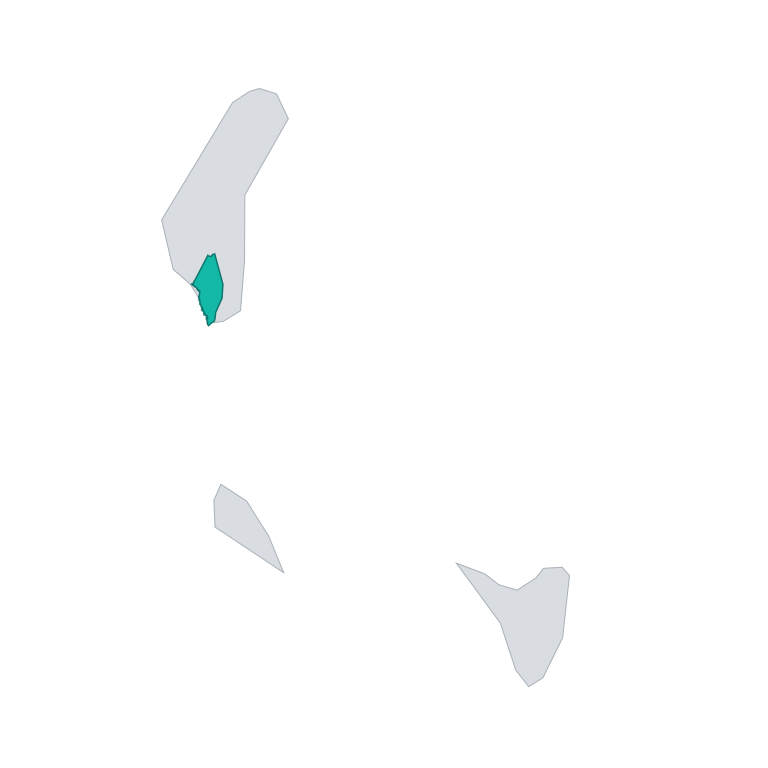 location of Mbadjini Ouest, Andjazîdja, Comoros, rotated 26°
{"feature_id": "10938185B5285365051467", "entity_name": "Mbadjini Ouest", "entity_type": "district", "adm_level": 2, "iso_a3": "COM", "parent_name": "Comoros", "parent_adm1": "Andjazîdja", "projection": "mercator", "projection_center": [43.399, -11.847], "detail": "fine", "context": "in_parent", "style": "filled", "palette": "teal", "viewbox_px": 768, "rotation_deg": 26, "n_neighbors": 0, "source": "geoboundaries", "source_scale": "gbopen_adm2", "svg_char_len": 4182}
<svg xmlns="http://www.w3.org/2000/svg" viewBox="0 0 768 768"><g transform="rotate(26 384 384)"><path d="M212.2,397.9L204.2,403.5L166.1,379.2L144.3,373.4L112.2,334.0L124.5,197.6L134.8,180.1L142.5,173.0L160.2,170.4L181.7,187.5L176.1,275.2L204.6,334.3L222.9,381.1L212.2,397.9ZM634.7,474.9L655.8,533.9L655.6,578.4L646.7,592.6L627.9,583.4L593.4,547.9L527.6,513.3L557.8,510.5L575.4,514.1L594.1,510.9L605.7,491.4L608.1,479.8L624.5,470.6L634.7,474.9ZM347.2,571.4L376.6,597.6L294.9,586.7L282.1,563.1L281.4,545.7L311.9,549.5L347.2,571.4Z" fill="#d9dde1" stroke="#a8b0b8" stroke-width="1"/><path d="M167.5,378.3L167.8,378.5L167.7,378.6L167.9,378.6L168.0,378.5L168.4,378.5L168.6,378.7L168.7,378.8L168.8,378.6L169.0,378.7L168.9,378.9L169.0,378.9L169.2,378.7L169.6,378.6L169.8,378.7L170.4,379.1L170.5,379.3L170.6,379.2L170.7,379.3L170.8,379.3L171.0,379.3L171.3,379.4L171.4,379.5L171.5,379.6L171.8,379.5L171.8,379.4L172.3,379.3L172.5,379.4L172.7,379.5L172.9,379.5L173.0,379.6L173.4,379.7L173.4,379.8L173.8,379.9L173.8,380.0L174.3,380.3L174.5,380.5L174.8,380.6L175.0,380.6L175.1,380.8L175.3,380.9L175.5,380.9L175.4,381.0L175.5,381.0L175.8,381.2L175.8,381.3L176.0,381.4L176.2,381.5L176.4,381.4L176.5,381.5L176.6,381.3L176.8,381.4L176.8,381.2L177.1,381.2L177.3,381.3L177.5,381.4L177.9,381.7L178.0,382.0L178.1,382.3L178.1,382.5L178.3,382.8L178.4,383.0L178.5,383.0L178.6,383.3L178.5,383.5L178.7,384.0L178.8,384.3L178.9,384.5L179.0,384.7L179.0,384.9L179.1,385.1L179.1,385.3L179.2,385.5L179.2,385.8L179.1,386.0L179.1,386.3L179.3,386.5L179.4,386.8L179.4,387.0L179.6,387.0L179.6,387.3L179.8,387.4L179.8,387.5L180.0,387.7L180.1,387.8L180.1,388.0L180.3,388.1L180.4,387.9L180.5,388.0L180.6,388.3L180.7,388.6L180.8,388.5L181.0,388.7L180.9,388.8L181.1,388.9L181.1,389.0L181.2,389.3L181.1,389.5L181.3,389.5L181.3,389.8L181.4,389.6L181.5,389.6L181.5,389.9L181.7,390.0L181.8,390.1L181.9,390.3L182.0,390.4L182.3,390.4L182.4,390.5L182.5,390.7L182.5,390.8L182.6,391.0L182.8,391.3L182.9,391.5L183.0,391.7L183.2,391.8L183.1,392.0L183.3,392.4L183.4,392.2L183.5,392.2L183.6,392.5L183.9,392.9L184.0,392.8L184.1,393.0L184.3,393.0L184.5,393.2L184.6,393.3L184.8,393.4L184.9,393.6L185.0,393.7L185.2,393.8L185.5,393.9L185.8,394.1L186.0,394.3L185.9,394.4L186.0,394.5L186.3,394.6L186.5,394.7L186.6,394.9L186.5,395.0L186.9,395.1L186.9,395.3L187.0,395.3L187.1,395.2L187.3,395.4L187.5,395.5L187.4,395.7L187.5,395.6L187.4,395.7L187.4,395.8L187.5,395.8L187.7,395.7L187.8,395.8L187.7,395.9L187.7,396.0L187.8,396.1L188.0,396.0L188.2,396.3L188.0,396.5L188.3,396.5L188.3,396.8L188.5,396.7L188.5,396.8L188.4,397.0L188.7,396.9L188.7,397.0L188.8,397.1L188.8,397.4L189.0,397.3L189.2,397.5L189.3,397.7L189.4,397.8L189.5,397.8L189.8,397.8L189.8,398.1L190.0,398.2L190.4,398.2L190.6,398.4L190.7,398.5L190.8,398.6L190.8,398.9L191.0,399.0L191.3,399.1L191.3,399.3L191.5,399.2L191.7,399.3L191.9,399.6L191.9,399.8L192.0,399.8L192.0,400.0L192.2,399.8L192.2,400.1L192.3,400.0L192.7,400.3L192.8,400.3L193.0,400.5L193.3,400.7L193.7,400.5L193.8,400.7L194.1,400.6L194.0,400.3L194.2,400.2L194.4,400.1L194.6,400.1L194.8,400.1L195.0,400.4L195.2,400.6L195.3,400.6L195.6,400.9L195.5,401.0L195.7,401.3L195.8,401.7L195.7,401.8L195.8,401.8L195.9,402.0L195.8,402.3L196.0,402.3L195.7,402.5L195.8,402.6L196.0,402.6L195.9,402.7L195.9,402.8L196.0,402.7L196.0,402.8L196.2,403.0L196.4,403.1L196.3,403.5L196.5,403.6L196.6,403.8L196.7,404.1L196.8,404.1L197.0,404.3L197.4,404.8L197.5,404.9L197.6,405.0L197.8,405.2L197.9,405.4L198.0,405.5L198.1,406.2L198.3,406.3L198.5,406.3L198.5,406.5L198.5,406.8L198.8,406.9L198.9,407.0L199.0,407.1L199.1,407.4L199.3,407.6L199.5,407.8L199.8,407.9L199.9,408.0L200.0,408.1L200.3,408.2L200.5,408.1L200.6,408.3L200.8,408.4L201.7,405.9L203.9,401.5L203.5,399.6L201.3,393.4L200.8,377.8L195.5,365.0L174.8,341.3L174.6,341.6L174.4,341.9L174.2,342.1L174.0,342.3L173.4,342.5L173.2,342.6L173.2,342.9L173.1,343.0L173.1,343.8L173.1,344.0L173.0,344.5L172.9,344.6L172.7,344.9L172.6,345.1L172.5,345.3L172.1,345.4L171.7,345.4L171.5,345.5L171.3,345.6L171.0,345.7L170.8,345.8L170.6,345.8L170.2,345.8L169.8,345.8L169.5,345.7L169.3,345.6L168.6,372.7L168.5,373.5L168.2,375.5L168.6,377.0L167.5,378.3Z" fill="#14b8a6" stroke="#0f766e" stroke-width="1.5"/></g></svg>